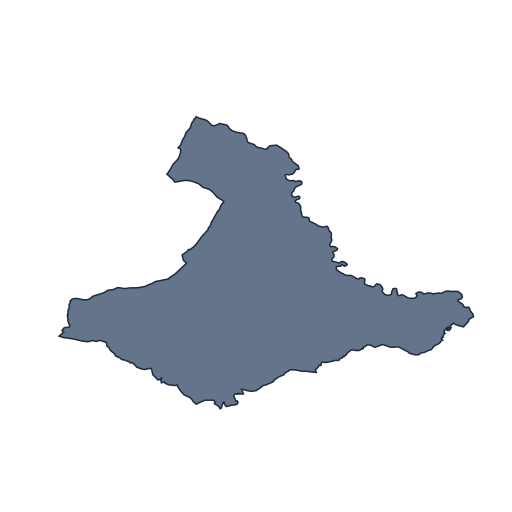 Brosteni, Mehedinti, Romania, rotated 352°
{"feature_id": "2599482B37322909384444", "entity_name": "Brosteni", "entity_type": "district", "adm_level": 2, "iso_a3": "ROU", "parent_name": "Romania", "parent_adm1": "Mehedinti", "projection": "natural_earth1", "projection_center": [22.98, 44.752], "detail": "fine", "context": "isolated", "style": "filled", "palette": "slate", "viewbox_px": 512, "rotation_deg": 352, "n_neighbors": 0, "source": "geoboundaries", "source_scale": "gbopen_adm2", "svg_char_len": 6123}
<svg xmlns="http://www.w3.org/2000/svg" viewBox="0 0 512 512"><g transform="rotate(352 256 256)"><path d="M462.9,346.4L462.8,343.9L460.6,340.2L460.1,337.1L458.9,336.1L457.1,336.4L454.4,334.7L454.2,332.8L449.8,328.8L449.9,327.7L450.3,327.5L453.6,326.9L454.7,325.1L454.5,323.1L452.8,320.8L450.9,319.2L447.3,318.5L445.9,318.6L440.5,317.3L438.8,317.3L434.5,318.8L432.4,318.1L425.7,318.1L424.8,317.4L421.2,316.5L417.1,317.0L414.4,314.8L412.5,314.4L411.1,314.5L409.2,315.4L409.2,316.0L409.9,317.4L409.5,318.5L408.0,319.6L406.4,319.8L402.7,319.4L400.6,318.6L397.3,315.9L395.0,314.6L392.4,315.2L391.5,314.9L390.8,313.6L391.0,311.9L390.3,311.0L390.9,309.2L390.3,307.8L389.3,307.4L386.9,307.7L385.2,310.8L385.1,312.1L384.1,313.0L381.3,313.4L378.2,312.0L376.1,309.2L375.9,308.7L376.9,306.7L376.9,305.8L376.4,303.9L374.5,301.4L371.5,300.4L369.2,302.4L367.3,302.9L366.2,302.5L365.1,301.5L363.3,301.3L359.7,298.7L359.6,297.5L360.1,296.5L360.6,294.3L359.9,293.2L356.5,292.1L355.9,292.1L354.9,293.0L353.2,292.8L347.8,288.6L343.1,287.8L341.0,286.8L340.0,285.7L338.0,284.6L335.1,282.0L334.0,280.6L333.6,279.5L334.3,277.7L338.3,277.8L339.1,277.6L339.6,276.7L340.0,276.6L342.2,278.5L344.6,277.8L345.2,276.9L343.6,275.0L341.5,273.6L339.4,273.4L338.8,274.1L337.4,274.4L330.5,271.6L330.7,269.9L333.2,267.3L333.4,265.2L332.6,263.7L332.7,262.8L337.1,261.3L337.7,259.9L335.3,257.9L333.2,257.2L331.5,257.3L330.6,256.0L330.7,254.3L332.8,252.1L333.2,251.0L333.2,246.7L333.9,244.2L333.6,243.3L331.7,240.6L331.5,238.1L330.8,236.7L330.1,236.3L326.6,236.8L321.8,234.9L320.1,233.1L314.1,229.1L313.7,228.2L313.9,226.4L313.3,225.5L312.0,224.8L308.4,224.1L307.4,223.2L307.1,222.4L306.9,218.4L306.4,216.8L307.2,214.4L306.6,211.5L305.3,209.7L302.8,208.3L302.1,207.3L304.1,205.9L307.0,205.3L307.6,204.1L307.5,203.6L307.3,203.2L305.8,202.5L303.3,203.3L301.7,202.7L300.1,201.6L299.7,200.3L300.5,198.2L302.6,196.7L303.3,194.9L304.1,194.0L305.7,193.0L311.1,191.3L311.8,189.7L311.4,188.6L310.1,187.7L307.7,187.5L305.5,187.9L304.2,186.5L299.7,186.2L296.8,184.1L296.1,180.4L296.3,179.9L297.5,179.5L299.7,180.2L303.4,180.0L305.3,178.8L307.4,176.2L308.0,175.8L310.3,176.1L310.9,175.3L310.3,172.4L309.9,171.7L308.7,170.9L305.1,167.3L304.5,164.9L303.1,163.5L302.6,162.4L302.5,159.6L301.8,158.2L300.0,155.9L298.1,154.6L297.1,153.4L291.9,149.1L285.6,148.8L283.4,149.7L282.3,150.9L280.7,151.7L279.0,151.3L277.6,150.4L273.5,149.0L271.3,147.6L269.6,145.3L264.2,142.6L263.3,141.0L263.2,138.2L262.5,135.4L261.4,133.5L260.0,132.6L254.2,130.9L249.8,128.6L247.2,125.8L246.2,123.2L245.3,122.3L238.6,119.7L234.0,121.1L231.4,121.0L230.0,120.1L227.0,115.9L225.2,114.3L218.8,111.5L216.0,109.7L215.0,111.2L213.6,111.8L213.0,113.3L210.9,115.4L208.6,120.1L203.9,124.1L201.6,128.3L199.5,130.7L196.3,136.3L193.9,137.9L194.2,138.5L195.8,138.9L196.3,140.3L195.1,144.7L192.3,149.1L186.3,153.9L184.2,157.0L179.1,162.8L180.2,163.6L182.4,166.7L183.8,167.8L186.0,171.6L195.6,171.2L200.1,172.0L203.7,173.4L209.2,176.4L213.3,180.9L216.2,182.0L219.8,184.2L222.0,186.6L226.0,192.7L230.1,195.8L231.7,197.9L228.3,200.9L226.1,205.0L224.9,206.2L224.4,206.1L217.0,216.0L216.3,216.3L215.8,218.2L214.0,220.9L212.9,221.1L212.2,223.2L205.2,229.0L198.3,236.1L195.8,238.1L191.3,240.5L189.9,240.2L188.7,241.7L183.0,244.7L183.4,249.8L184.2,251.2L186.3,253.3L173.5,262.5L167.1,265.5L166.2,266.5L152.8,267.3L149.3,268.8L145.7,269.4L142.6,270.6L138.5,270.9L133.3,270.9L126.7,270.0L121.6,270.0L114.7,268.0L109.7,269.4L104.8,269.2L100.4,271.2L89.0,273.1L85.8,275.0L82.9,275.8L79.1,275.4L73.4,273.3L70.1,272.8L67.5,273.2L66.8,274.2L65.7,274.6L65.7,276.1L64.1,278.1L64.0,280.6L62.3,283.7L62.0,286.2L61.2,287.7L61.5,288.0L61.0,288.7L60.8,293.5L61.2,297.3L61.9,298.5L61.8,299.7L61.4,300.1L60.1,300.4L56.6,300.3L55.5,300.7L53.5,302.8L55.0,304.6L49.9,308.0L49.1,308.0L51.4,308.6L53.6,309.9L54.8,309.9L56.0,310.8L56.8,310.5L58.0,310.8L58.8,311.5L59.3,311.4L65.1,313.3L72.7,316.3L77.5,317.5L82.3,317.0L86.2,318.4L89.8,317.8L95.8,320.9L95.9,324.7L97.6,326.0L98.0,327.9L99.1,329.8L101.7,332.3L103.2,335.6L104.4,336.1L105.1,337.1L106.7,337.3L106.8,337.7L108.6,339.8L111.5,340.8L116.1,343.4L116.6,344.4L118.7,344.5L121.4,347.7L122.4,349.5L127.0,352.0L130.4,352.9L134.0,352.6L136.7,352.8L137.4,359.4L140.5,363.4L141.1,364.8L142.9,365.1L145.4,363.7L144.5,366.1L144.6,368.4L147.8,368.1L148.4,368.4L148.3,369.4L151.3,371.3L157.6,373.0L159.9,372.6L160.0,373.7L162.1,378.4L165.2,383.3L170.7,386.9L172.5,389.0L173.4,391.2L176.1,394.4L177.6,394.2L178.2,393.7L185.5,391.7L194.0,392.9L195.3,395.3L194.2,396.4L197.4,399.0L198.7,400.6L199.2,402.3L200.7,401.6L201.7,398.9L202.6,397.7L203.5,397.3L203.0,396.5L203.9,396.1L204.8,400.0L205.8,401.0L212.1,400.3L214.8,400.6L216.6,400.1L217.9,398.4L217.2,396.8L216.0,397.1L214.5,391.2L215.5,390.0L216.9,389.7L217.3,390.1L218.4,389.7L218.8,390.2L219.7,389.6L220.0,390.2L224.3,390.9L223.3,385.8L227.7,387.8L232.1,389.3L237.3,389.4L242.0,387.2L244.7,385.3L248.2,385.0L255.5,383.0L256.0,382.6L256.4,381.5L262.2,378.7L267.1,377.5L268.5,375.8L271.7,374.7L272.6,373.9L275.0,373.5L279.9,374.5L285.3,376.5L288.1,376.8L299.5,379.7L299.6,379.1L298.6,378.7L299.2,376.7L300.0,376.4L302.7,374.1L303.3,373.0L305.0,373.5L305.8,371.2L307.1,370.1L309.7,371.2L316.9,370.9L319.5,370.4L323.6,370.9L324.1,369.7L327.1,369.0L328.3,367.4L328.6,367.4L328.6,368.0L329.2,367.9L331.6,366.4L332.8,365.0L336.6,362.5L338.2,362.3L342.0,363.6L345.4,363.9L347.4,362.9L349.4,362.6L349.4,361.2L351.5,360.9L353.0,359.7L355.6,359.7L357.0,360.2L361.1,363.0L369.2,361.3L376.3,365.0L380.7,365.7L382.0,365.4L385.0,366.2L393.3,372.2L394.1,373.4L395.3,374.2L400.2,376.1L403.4,376.4L406.1,374.9L409.5,374.9L413.3,373.6L416.6,373.1L420.0,369.8L424.8,368.3L426.5,367.1L427.2,366.0L429.2,365.2L428.1,363.7L428.8,363.1L428.6,362.8L430.2,362.3L429.9,361.7L431.3,359.7L431.5,359.0L432.3,359.0L431.5,358.0L432.1,357.1L431.9,356.2L433.7,355.0L434.6,353.8L436.2,353.3L436.7,353.8L436.0,354.7L434.9,354.5L434.4,355.5L435.3,356.3L436.1,355.8L436.7,356.0L436.9,356.6L438.6,355.1L438.8,354.7L438.4,354.2L439.2,353.8L438.2,352.5L442.2,350.1L444.7,352.1L451.5,355.1L457.5,350.2L457.9,348.4L462.9,346.4Z" fill="#64748b" stroke="#1e293b" stroke-width="1.5"/></g></svg>